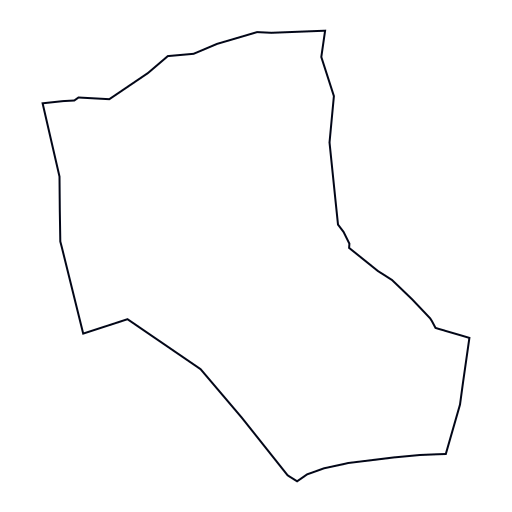 the district of San Mateo Nejápam, Guerrero, Mexico
{"feature_id": "50627088B80883167871342", "entity_name": "San Mateo Nejápam", "entity_type": "district", "adm_level": 2, "iso_a3": "MEX", "parent_name": "Mexico", "parent_adm1": "Guerrero", "projection": "robinson", "projection_center": [-98.41, 17.646], "detail": "fine", "context": "isolated", "style": "outline", "palette": "ink", "viewbox_px": 512, "rotation_deg": 0, "n_neighbors": 0, "source": "geoboundaries", "source_scale": "gbopen_adm2", "svg_char_len": 874}
<svg xmlns="http://www.w3.org/2000/svg" viewBox="0 0 512 512"><path d="M83.2,333.6L127.5,319.2L175.6,352.1L200.6,369.2L241.8,417.7L287.6,475.3L288.6,475.9L288.8,476.1L297.1,481.3L307.2,474.3L310.1,473.3L310.4,473.2L324.0,468.3L345.3,463.7L348.2,463.0L394.1,457.4L394.6,457.3L395.3,457.3L419.9,455.0L436.5,454.3L445.8,454.0L460.0,404.6L462.9,383.3L469.4,337.9L460.7,335.3L444.8,330.7L444.4,330.5L439.4,329.1L438.7,328.9L435.5,327.9L431.9,321.1L430.2,318.4L412.1,299.3L392.0,280.0L391.9,279.9L391.7,279.8L378.0,271.1L349.1,247.9L349.4,243.7L343.6,232.0L338.0,224.6L335.4,199.6L329.6,143.3L329.6,142.9L329.5,142.7L333.9,96.1L321.3,57.0L325.1,30.7L271.4,32.8L257.1,32.1L217.0,43.9L193.6,53.8L167.8,56.1L148.0,73.0L109.3,99.2L78.5,97.5L74.3,100.5L63.1,101.1L42.6,103.3L59.5,176.6L59.8,210.3L60.3,241.5L61.8,247.2L83.2,333.6Z" fill="none" stroke="#020617" stroke-width="2"/></svg>